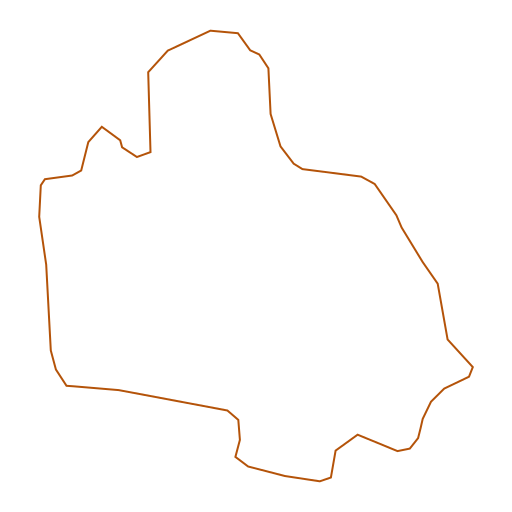 San Bernardino, Suchitepéquez, Guatemala (Natural Earth projection)
{"feature_id": "79465075B44616748162902", "entity_name": "San Bernardino", "entity_type": "district", "adm_level": 2, "iso_a3": "GTM", "parent_name": "Guatemala", "parent_adm1": "Suchitepéquez", "projection": "natural_earth1", "projection_center": [-91.453, 14.532], "detail": "fine", "context": "isolated", "style": "outline", "palette": "amber", "viewbox_px": 512, "rotation_deg": 0, "n_neighbors": 0, "source": "geoboundaries", "source_scale": "gbopen_adm2", "svg_char_len": 768}
<svg xmlns="http://www.w3.org/2000/svg" viewBox="0 0 512 512"><path d="M66.5,385.8L73.6,386.3L118.7,390.1L227.4,410.5L238.3,419.9L239.9,439.9L235.4,456.9L248.1,466.5L284.8,476.0L319.8,481.3L330.9,477.5L335.6,450.6L357.6,434.7L397.5,451.1L409.8,448.6L418.1,438.1L420.6,428.1L422.7,418.9L431.0,401.7L444.2,388.6L469.0,376.7L472.8,367.1L447.6,339.5L437.7,283.7L422.7,262.1L401.6,227.5L396.4,215.3L374.7,184.0L361.2,176.6L302.4,169.1L293.7,163.7L280.5,146.4L270.6,114.0L268.4,68.3L259.3,54.5L250.2,50.3L237.9,33.2L210.4,30.7L167.8,50.6L148.2,72.2L150.5,152.1L136.9,157.0L122.1,147.3L120.2,140.3L101.8,126.8L88.3,142.1L81.2,170.5L72.2,175.5L44.9,179.2L40.8,185.3L39.2,216.8L46.2,264.7L50.8,350.5L55.9,369.5L66.5,385.8Z" fill="none" stroke="#b45309" stroke-width="2"/></svg>